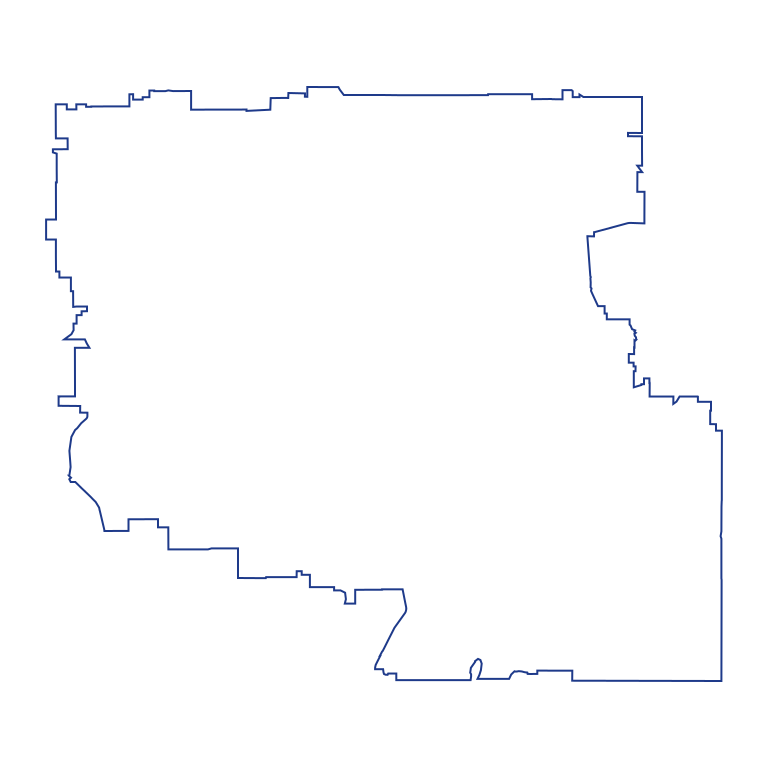 Broomehill-Tambellup, Western Australia, Australia
{"feature_id": "25037944B2745809655475", "entity_name": "Broomehill-Tambellup", "entity_type": "district", "adm_level": 2, "iso_a3": "AUS", "parent_name": "Australia", "parent_adm1": "Western Australia", "projection": "albers", "projection_center": [117.654, -34.013], "detail": "fine", "context": "isolated", "style": "outline", "palette": "blue", "viewbox_px": 768, "rotation_deg": 0, "n_neighbors": 0, "source": "geoboundaries", "source_scale": "gbopen_adm2", "svg_char_len": 4780}
<svg xmlns="http://www.w3.org/2000/svg" viewBox="0 0 768 768"><path d="M60.5,104.3L55.7,104.3L55.8,126.9L55.8,131.7L55.9,138.4L67.6,138.4L67.7,149.2L52.9,149.3L52.9,152.4L56.7,153.6L56.7,168.6L56.8,182.4L55.9,182.4L56.0,219.5L51.1,219.5L46.1,219.5L46.1,239.5L55.9,239.5L55.9,239.8L55.9,256.1L56.0,267.8L56.0,271.5L59.4,271.5L59.4,277.5L70.9,277.5L70.9,291.2L73.1,291.2L73.2,306.9L76.7,306.5L87.0,306.5L87.0,311.2L81.6,311.3L81.6,315.1L76.6,315.1L76.6,323.6L73.5,323.6L73.6,330.2L71.4,334.2L64.3,339.4L84.9,339.4L86.8,343.5L89.1,347.3L89.4,347.8L74.9,347.8L75.0,387.2L75.0,396.4L59.5,396.4L59.7,396.6L59.1,396.7L58.6,396.8L58.6,405.8L80.2,406.0L80.1,412.6L87.4,412.7L87.4,416.3L87.1,417.6L86.3,418.7L81.2,423.2L77.2,428.2L75.1,430.0L71.4,436.9L69.4,450.8L70.3,462.6L70.6,467.1L69.3,475.7L69.0,475.7L69.4,476.2L71.0,477.7L69.3,479.2L70.7,482.0L75.3,482.0L81.2,487.8L87.7,494.0L90.9,497.1L92.8,499.1L95.7,502.0L97.4,504.8L99.1,507.6L99.7,510.5L99.8,510.7L104.2,529.3L104.4,531.0L104.8,531.0L128.5,530.9L128.5,519.3L152.6,519.2L158.0,519.2L158.0,525.1L158.0,527.3L168.3,527.3L168.4,549.4L194.6,549.4L208.0,549.4L211.5,548.4L227.7,548.4L238.0,548.4L238.0,578.0L254.9,578.1L265.8,578.1L266.1,577.1L266.5,577.1L266.8,577.1L279.9,577.1L296.6,577.1L296.6,576.9L296.7,571.2L301.7,571.2L301.7,574.8L309.9,574.8L309.9,587.1L323.6,587.1L334.1,587.1L334.1,590.4L336.6,590.4L340.5,590.4L345.1,592.7L345.9,599.2L344.8,603.6L355.2,603.6L355.2,589.8L382.1,589.7L382.1,589.3L394.2,589.3L395.0,589.3L396.8,589.3L402.6,589.3L405.2,602.5L406.1,606.9L406.2,607.6L406.2,608.0L406.3,608.4L406.2,608.8L406.2,609.3L406.2,609.7L406.1,610.1L406.0,610.5L405.9,610.9L405.8,611.3L405.7,611.7L405.5,612.1L405.3,612.5L405.1,612.9L404.9,613.2L404.6,613.6L402.1,617.1L394.5,627.7L388.3,639.9L384.2,648.1L382.7,651.0L382.2,651.4L379.8,656.0L380.2,656.0L377.8,660.7L376.1,664.1L375.7,664.9L375.5,665.8L375.3,666.6L375.1,667.8L375.1,669.2L375.9,669.2L383.1,669.2L383.5,672.3L384.0,674.0L385.6,674.7L387.6,674.8L388.2,673.5L396.3,673.5L396.3,680.1L401.4,680.1L420.8,680.1L442.0,680.1L457.4,680.1L466.2,680.1L470.6,680.1L471.1,676.4L471.1,674.2L470.2,672.7L470.9,667.8L475.1,661.9L475.0,661.2L478.0,658.9L480.4,660.0L481.7,663.6L480.9,670.2L479.4,674.9L477.5,678.9L486.6,678.9L487.2,678.9L492.5,678.9L509.1,678.9L511.2,674.5L514.5,671.3L514.9,671.4L515.3,671.5L515.9,671.6L516.7,671.5L517.6,671.4L518.2,671.2L519.2,671.2L520.3,671.3L521.4,671.4L522.4,671.6L523.4,671.9L524.2,672.1L525.1,672.3L526.1,672.4L527.0,672.5L527.3,672.5L527.5,673.0L527.5,673.5L527.6,673.9L530.3,674.0L537.3,673.9L537.3,670.6L568.4,670.7L572.3,670.7L572.2,680.7L721.4,681.0L721.5,633.2L721.6,579.8L721.4,578.4L721.4,538.7L720.6,536.2L721.4,531.4L721.5,506.5L721.7,500.9L721.8,500.4L721.8,484.2L721.9,439.5L721.9,430.7L716.0,430.7L716.0,424.2L710.2,424.1L710.2,410.7L711.0,410.7L711.0,401.8L697.9,401.8L697.9,396.6L697.7,396.5L691.2,396.5L679.6,396.5L676.5,401.6L673.3,403.9L673.4,396.5L649.6,396.5L649.7,382.9L649.6,382.4L649.4,382.5L649.4,378.4L644.0,378.4L644.0,384.2L641.4,384.2L641.4,385.0L633.8,387.3L633.8,384.6L633.8,371.2L635.5,371.2L635.6,366.4L633.6,366.4L633.6,362.7L628.8,362.7L628.8,354.0L634.1,354.1L634.1,347.4L634.5,347.5L634.5,347.0L634.5,340.3L635.2,340.8L636.5,339.5L636.1,339.0L636.0,337.3L634.8,335.8L634.4,333.8L635.8,332.8L634.4,331.7L635.2,330.4L632.1,329.2L630.5,325.4L629.6,324.7L629.6,319.3L629.4,319.3L606.8,319.3L606.8,313.5L604.6,313.5L604.6,306.1L598.0,306.1L592.7,294.6L591.0,290.8L591.5,288.4L590.6,287.4L590.7,282.6L590.7,282.3L590.4,278.1L590.8,277.1L590.3,276.0L587.7,241.0L587.4,236.8L587.4,236.2L594.0,236.4L594.1,232.2L594.3,232.2L618.8,225.6L627.6,223.2L628.9,223.0L630.2,222.9L644.4,223.4L644.4,223.1L644.4,217.3L644.5,191.8L637.3,191.8L637.4,172.1L642.1,172.1L638.4,167.2L638.0,166.3L637.6,166.1L637.3,165.7L642.1,165.7L642.0,150.1L642.0,149.7L642.0,136.3L628.0,136.2L628.0,132.9L642.0,133.0L642.0,118.2L642.0,102.3L642.0,97.0L631.7,97.0L606.7,97.0L590.1,97.0L589.9,97.0L583.4,97.0L579.5,94.5L579.5,97.1L572.7,97.1L572.7,91.1L571.6,90.1L562.5,90.1L562.5,99.3L560.7,99.3L552.1,99.2L551.5,99.0L532.1,99.2L532.1,94.2L524.6,94.2L517.7,94.2L516.3,94.2L506.7,94.2L502.3,94.2L501.3,94.2L488.1,94.2L488.0,95.1L476.0,95.1L466.1,95.2L451.0,95.2L418.0,95.2L400.0,95.2L382.4,95.0L364.7,95.0L343.8,95.0L339.8,89.7L338.4,87.1L307.3,87.0L307.3,96.8L304.9,96.7L305.0,93.4L288.4,93.0L288.2,98.0L285.1,97.9L278.3,98.0L270.7,98.1L270.3,109.7L246.5,110.9L246.5,109.5L239.9,109.6L211.1,109.6L191.1,109.7L191.1,91.0L173.1,91.1L168.3,90.4L165.5,91.1L154.2,91.1L154.2,90.5L149.4,90.5L149.4,97.2L142.7,97.2L142.7,99.6L133.1,99.6L133.1,94.2L129.4,94.3L129.4,106.4L109.5,106.4L91.2,106.5L91.2,106.8L86.1,106.8L86.1,104.3L76.3,104.3L76.4,109.4L66.8,109.4L66.8,104.3L60.5,104.3Z" fill="none" stroke="#1e3a8a" stroke-width="2"/></svg>